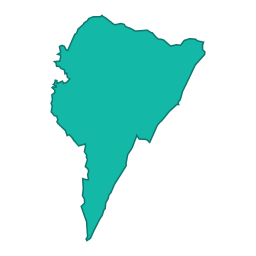 outline of Juncos, Puerto Rico
{"feature_id": "32010507B4476069881606", "entity_name": "Juncos", "entity_type": "district", "adm_level": 2, "iso_a3": "PRI", "parent_name": "Puerto Rico", "parent_adm1": "", "projection": "robinson", "projection_center": [-65.917, 18.206], "detail": "fine", "context": "isolated", "style": "filled", "palette": "teal", "viewbox_px": 256, "rotation_deg": 0, "n_neighbors": 0, "source": "geoboundaries", "source_scale": "gbopen_adm2", "svg_char_len": 1778}
<svg xmlns="http://www.w3.org/2000/svg" viewBox="0 0 256 256"><path d="M203.6,42.2L197.6,40.9L195.4,39.2L189.8,38.7L184.3,40.4L180.4,45.4L176.6,44.7L170.6,46.1L163.6,40.0L160.8,39.2L158.9,39.3L156.3,37.5L152.2,32.7L151.1,32.6L147.2,30.2L135.3,31.1L130.7,28.5L125.5,26.6L124.2,24.4L121.1,23.5L115.2,24.7L113.7,24.3L105.6,17.9L102.7,16.3L102.0,15.4L100.4,16.7L93.1,16.8L88.5,18.7L87.8,20.3L83.8,23.3L83.4,24.4L78.0,29.2L76.7,33.0L74.7,34.5L67.7,50.5L66.0,49.6L64.2,46.2L62.1,45.4L60.9,45.7L59.4,46.7L60.7,52.4L57.7,54.3L60.5,55.1L60.7,57.0L59.7,61.1L54.5,61.6L56.0,63.0L56.6,66.3L59.5,66.5L60.8,68.4L64.3,69.8L65.0,73.9L66.7,73.1L67.3,77.1L69.8,79.1L66.6,82.4L63.5,83.4L62.5,81.1L57.1,83.4L56.9,80.6L55.3,80.2L54.6,83.3L53.3,84.5L56.4,86.3L56.0,87.3L53.1,86.8L52.0,87.6L54.7,90.0L54.8,92.6L51.9,94.8L52.4,100.3L51.1,103.1L52.2,106.3L51.2,111.9L54.3,115.6L56.8,116.3L57.8,119.9L56.9,121.8L58.0,123.5L65.6,130.8L67.1,135.6L69.2,134.6L72.3,137.9L73.7,140.3L76.1,142.8L78.6,145.9L85.3,144.0L85.5,146.2L84.4,151.7L86.7,155.1L86.4,157.3L87.5,159.4L85.3,166.7L87.8,168.7L88.7,171.2L87.6,174.7L88.5,179.6L86.6,179.8L82.7,178.6L83.3,188.6L82.5,195.7L84.4,198.9L84.6,203.0L83.3,204.4L81.2,206.4L86.6,221.8L87.6,236.7L86.1,239.0L86.9,240.6L90.4,238.3L93.9,230.6L99.8,219.0L102.2,215.4L103.8,210.1L105.2,208.6L105.7,202.7L108.1,198.7L109.0,194.7L110.8,192.9L114.5,184.2L120.2,175.3L126.1,165.8L126.1,164.4L126.1,163.0L127.7,154.5L131.3,149.2L132.3,147.3L136.4,136.7L136.7,135.3L139.3,139.1L144.8,139.3L146.7,139.6L149.7,142.4L157.3,125.3L160.1,122.0L161.7,120.7L169.4,111.3L170.6,110.2L176.8,104.5L178.7,104.6L178.1,102.4L180.2,99.8L182.6,91.2L183.6,89.2L189.2,77.7L195.2,65.0L204.6,54.5L204.9,52.0L202.6,49.7L202.5,45.3L203.6,42.2Z" fill="#14b8a6" stroke="#0f766e" stroke-width="1.5"/></svg>